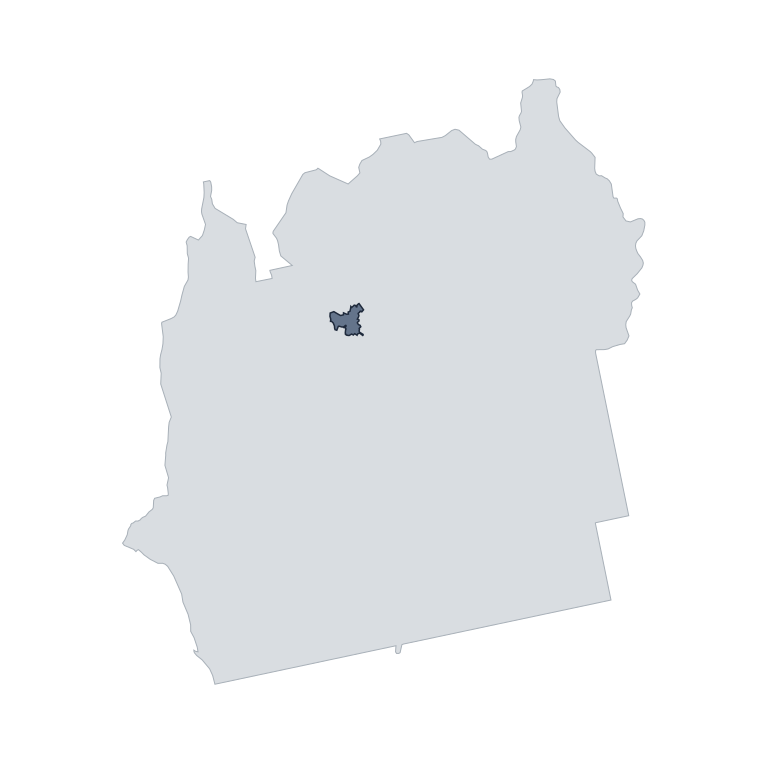 location of Um Dam Haj Ahmed, North Kordufan, Sudan, rotated 168°
{"feature_id": "16777658B82514176386469", "entity_name": "Um Dam Haj Ahmed", "entity_type": "district", "adm_level": 2, "iso_a3": "SDN", "parent_name": "Sudan", "parent_adm1": "North Kordufan", "projection": "robinson", "projection_center": [30.757, 13.71], "detail": "fine", "context": "in_parent", "style": "filled", "palette": "slate", "viewbox_px": 768, "rotation_deg": 168, "n_neighbors": 0, "source": "geoboundaries", "source_scale": "gbopen_adm2", "svg_char_len": 5171}
<svg xmlns="http://www.w3.org/2000/svg" viewBox="0 0 768 768"><g transform="rotate(168 384 384)"><path d="M518.7,619.2L512.2,619.2L511.5,617.5L511.6,612.7L512.3,609.2L514.7,603.5L514.1,600.4L514.4,595.9L512.7,590.9L497.1,576.3L494.1,572.3L485.7,568.7L487.2,564.6L483.7,534.8L485.4,531.3L485.8,526.1L485.8,521.6L487.8,513.9L488.0,510.7L471.5,510.5L471.3,513.8L472.0,517.4L472.0,518.9L449.1,519.0L458.3,530.7L458.7,535.8L458.2,542.2L458.3,546.3L458.8,548.9L461.3,554.2L461.2,555.1L460.6,556.4L444.3,571.9L441.6,579.2L439.4,582.9L434.7,589.3L419.8,605.9L417.4,607.1L406.0,607.6L404.9,608.0L404.0,608.8L403.5,608.6L393.8,598.9L377.5,587.1L366.7,593.2L363.7,595.5L363.7,601.1L362.0,604.0L359.1,607.2L351.1,609.1L347.0,610.9L342.0,614.0L337.2,619.3L336.8,622.1L337.3,624.6L309.8,624.5L307.9,622.5L304.0,613.7L301.2,614.3L276.0,613.2L272.4,614.2L265.2,617.8L261.6,618.4L257.9,616.7L244.7,599.4L241.9,597.3L238.9,593.2L236.1,591.4L235.1,590.1L234.8,588.2L234.9,584.4L234.0,582.0L231.9,581.5L214.2,585.5L211.6,585.0L207.9,585.8L206.6,586.5L205.1,588.7L204.8,593.5L204.3,595.9L203.0,598.5L197.9,604.4L196.7,606.9L197.0,613.4L196.6,616.7L195.8,618.2L193.6,620.7L192.8,622.1L191.9,630.4L189.1,635.4L188.5,637.2L188.3,640.8L187.8,641.9L179.8,644.7L176.8,646.6L174.9,649.4L174.5,650.6L171.1,649.6L166.7,648.9L158.3,648.0L154.9,646.6L153.4,644.7L153.9,639.7L153.1,638.6L151.7,637.7L150.8,635.5L151.0,632.9L155.5,627.1L156.4,624.0L157.6,609.4L157.3,605.0L153.8,596.9L145.9,582.8L143.9,580.0L133.9,568.4L132.8,566.7L130.4,561.8L133.1,551.1L133.3,548.1L132.7,545.1L130.1,542.8L127.9,542.5L124.9,539.6L123.0,538.3L121.3,535.8L120.1,532.3L121.0,519.6L120.5,518.0L117.9,517.5L117.3,516.6L117.4,514.2L116.1,507.0L114.6,501.0L115.5,497.7L113.4,493.2L109.3,491.3L101.2,492.8L98.7,492.5L97.0,491.7L95.8,490.1L95.2,488.1L95.8,485.2L98.1,479.8L101.0,475.4L106.8,471.4L108.4,469.3L109.3,466.9L109.5,464.2L109.1,461.3L108.5,458.7L106.8,455.2L105.3,451.1L105.2,448.4L106.0,446.4L107.6,444.0L113.3,439.3L119.3,435.5L120.2,434.1L119.9,432.5L117.2,429.3L116.4,423.1L115.0,418.8L118.0,415.5L120.2,414.4L123.6,413.4L125.0,412.0L125.4,409.4L125.3,406.9L126.6,405.1L128.2,401.1L129.6,399.3L134.1,394.7L135.2,391.7L135.5,388.8L134.4,380.1L137.0,376.4L140.3,373.4L145.1,373.6L152.5,373.0L157.5,371.7L161.1,371.8L169.2,373.4L170.1,372.7L170.6,370.4L172.0,204.3L205.7,204.3L206.2,204.1L206.9,125.5L419.0,125.6L420.7,125.3L424.1,117.9L425.5,117.4L427.7,117.8L428.4,119.6L426.7,125.5L611.8,125.5L612.2,134.5L613.8,141.7L619.2,151.9L623.7,157.4L625.3,160.5L625.5,161.9L625.3,163.2L623.9,161.7L621.6,160.7L621.4,165.5L622.5,175.3L624.5,182.2L623.2,188.6L623.5,199.4L626.0,212.4L625.6,220.6L629.6,239.9L633.5,250.6L635.6,253.3L637.9,254.7L642.4,255.6L649.0,261.0L654.3,266.8L656.2,269.8L658.7,273.1L660.4,272.5L661.5,271.6L663.2,274.3L671.6,280.1L672.8,282.7L669.9,285.4L666.5,289.9L664.8,294.1L663.9,295.4L661.2,298.0L660.8,299.3L659.6,300.1L658.3,300.2L655.5,301.6L653.0,301.1L650.4,301.9L649.5,302.9L647.4,303.8L644.7,304.3L640.4,307.8L636.6,309.6L635.4,311.0L633.5,318.0L632.1,319.9L626.5,320.1L623.8,320.7L620.1,319.9L618.3,320.0L617.8,321.5L617.2,327.6L617.3,330.2L614.2,337.1L615.2,350.0L612.3,359.7L611.9,361.9L608.9,369.6L607.4,372.5L603.6,386.8L602.1,391.2L598.9,395.9L602.4,430.4L599.7,440.9L599.8,446.7L597.9,455.2L596.4,459.1L594.0,463.9L591.9,469.2L590.1,476.2L589.0,489.4L588.4,490.6L578.5,492.3L575.4,493.2L573.3,494.7L570.7,498.1L565.7,507.4L563.1,513.1L559.0,521.0L554.1,526.5L553.1,529.2L552.4,534.2L550.6,542.1L549.0,547.7L549.3,552.3L547.8,560.1L548.0,564.0L546.3,566.1L544.1,568.1L542.5,568.6L535.6,563.4L530.7,567.0L527.7,572.1L525.4,577.2L526.8,588.1L526.7,590.5L526.0,593.1L521.4,603.8L520.1,608.7L518.7,617.2L518.7,619.2Z" fill="#d9dde1" stroke="#a8b0b8" stroke-width="1"/><path d="M400.3,466.7L401.1,464.5L401.2,464.4L401.9,462.8L402.2,462.2L404.1,461.8L404.3,459.8L406.0,460.0L408.8,462.0L409.3,460.1L412.2,460.0L413.5,461.1L415.4,462.8L418.0,465.2L421.9,464.6L422.8,461.4L422.6,458.5L423.1,457.1L423.3,456.4L422.4,456.3L421.0,454.3L420.4,451.1L420.7,449.0L420.6,447.3L419.0,446.4L416.7,449.9L416.0,449.9L413.1,448.4L412.1,448.4L411.4,447.4L410.9,447.6L410.9,448.4L410.8,448.6L409.5,449.3L409.2,449.3L409.0,448.9L409.4,448.0L410.5,447.6L410.3,447.0L409.8,446.2L410.0,445.8L409.9,445.6L410.1,445.5L411.2,442.2L411.3,441.5L411.1,441.2L411.1,440.8L411.3,440.7L410.9,440.0L410.5,439.6L410.3,439.7L409.2,439.0L407.9,438.7L406.5,439.2L405.4,439.6L404.4,438.9L403.9,438.3L402.2,439.3L400.2,437.3L399.8,438.0L398.9,438.7L398.5,438.6L397.5,438.8L397.4,439.0L394.7,435.9L394.2,436.3L394.2,436.9L397.2,439.8L397.3,441.2L396.7,442.4L396.7,443.6L394.8,444.8L395.2,446.4L396.6,447.4L397.3,449.0L397.3,449.6L396.6,450.2L395.3,450.9L395.2,452.1L396.6,453.0L395.0,454.9L394.3,456.1L394.4,457.3L394.7,458.1L394.3,458.7L393.1,459.1L392.8,459.2L392.7,459.8L392.4,460.0L391.9,460.1L391.4,460.1L390.7,459.2L388.6,460.8L391.7,467.9L392.2,467.8L393.9,466.8L394.2,466.1L394.6,465.1L395.1,465.3L395.4,466.6L395.5,466.7L395.8,466.9L396.2,467.0L396.5,467.2L396.6,467.3L396.8,467.3L397.1,467.1L397.6,466.7L397.9,466.5L398.4,466.3L399.7,465.6L400.3,466.7Z" fill="#64748b" stroke="#1e293b" stroke-width="1.5"/></g></svg>